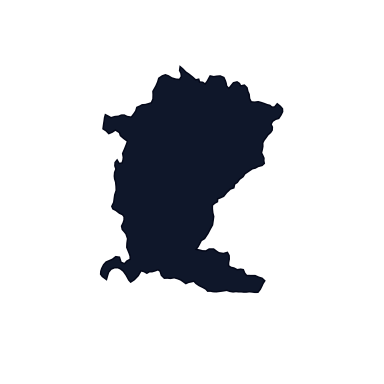 outline of Nazareno, Minas Gerais, Brazil, rotated 42°
{"feature_id": "56859067B84580944201233", "entity_name": "Nazareno", "entity_type": "district", "adm_level": 2, "iso_a3": "BRA", "parent_name": "Brazil", "parent_adm1": "Minas Gerais", "projection": "orthographic", "projection_center": [-44.605, -21.212], "detail": "fine", "context": "isolated", "style": "filled", "palette": "ink", "viewbox_px": 384, "rotation_deg": 42, "n_neighbors": 0, "source": "geoboundaries", "source_scale": "gbopen_adm2", "svg_char_len": 3405}
<svg xmlns="http://www.w3.org/2000/svg" viewBox="0 0 384 384"><g transform="rotate(42 192 192)"><path d="M93.8,122.7L92.2,125.6L91.2,129.7L92.9,133.2L94.3,137.4L95.6,143.3L98.0,145.7L100.8,149.0L102.1,152.9L100.6,155.5L98.9,158.2L96.6,160.6L95.7,163.2L94.4,166.0L96.0,169.4L96.5,172.9L96.8,177.0L93.3,179.3L90.1,180.2L88.0,182.2L86.8,184.8L84.2,187.6L82.1,191.0L79.3,191.6L75.9,192.5L77.3,195.3L79.1,197.9L81.4,201.4L83.6,204.6L87.4,204.0L91.1,204.3L92.7,200.8L93.6,197.2L98.3,196.4L101.1,198.0L105.4,197.9L110.1,197.4L111.4,200.5L113.1,205.1L114.7,209.8L117.8,212.2L119.4,214.5L120.6,217.2L118.8,219.6L114.9,218.3L115.1,221.5L117.2,224.2L120.1,225.8L121.4,229.2L123.6,232.1L125.7,234.0L128.6,235.7L131.9,238.7L134.6,241.5L136.5,245.8L138.4,248.6L140.8,252.1L142.0,256.3L144.5,257.5L147.8,256.6L152.3,256.3L155.5,255.3L158.1,255.8L160.3,258.3L161.5,261.0L162.5,264.5L165.3,266.5L168.1,266.8L171.0,267.3L175.4,269.8L177.9,273.5L180.6,276.8L183.9,278.4L186.6,279.7L189.0,281.1L191.1,283.3L189.8,286.9L189.8,290.5L186.3,291.7L181.7,289.0L178.6,291.1L177.9,295.2L176.5,298.3L175.0,301.5L175.0,305.2L176.1,309.3L177.3,311.9L179.1,314.2L181.8,314.8L187.0,314.3L185.1,310.5L183.7,307.4L183.5,303.5L185.1,300.1L187.7,297.8L190.2,297.0L194.0,296.8L198.5,297.8L201.4,298.8L203.9,299.7L206.7,300.0L207.8,295.8L208.0,290.2L207.4,287.4L206.9,284.6L209.8,283.2L212.8,282.6L213.7,279.7L215.7,277.9L217.2,275.5L218.8,272.5L221.3,272.2L225.0,274.4L229.1,274.6L231.3,272.4L233.8,270.6L236.1,267.6L239.4,266.0L242.4,264.9L245.5,264.5L248.7,264.2L249.9,261.4L251.5,259.3L253.1,257.0L256.1,257.3L259.9,256.8L264.1,255.6L267.2,254.9L270.0,255.2L272.0,253.3L274.4,251.9L276.8,249.9L278.7,247.7L281.1,244.9L283.6,241.8L286.6,240.5L289.4,238.7L291.3,236.5L293.4,235.0L295.5,233.1L297.6,231.6L299.6,229.7L301.3,227.7L303.5,226.1L305.7,224.6L308.1,222.4L307.8,218.6L306.8,215.0L306.0,212.5L305.5,209.3L301.8,209.2L298.6,210.7L294.9,211.9L291.5,214.9L288.5,217.5L285.4,217.0L282.1,215.4L279.8,216.8L277.6,219.5L274.1,220.4L271.2,222.0L268.5,222.3L266.5,220.1L264.6,217.0L262.1,214.4L258.7,213.2L256.5,216.7L252.6,219.2L249.9,219.6L246.2,219.9L242.9,222.9L241.8,226.5L239.2,228.7L236.6,230.0L233.4,231.9L233.1,228.7L232.4,225.8L231.4,221.9L232.5,218.2L231.6,212.2L230.3,207.2L229.3,202.8L226.7,198.9L224.5,195.7L221.4,193.6L218.4,190.9L216.0,188.2L216.4,185.1L217.4,182.2L215.6,179.8L216.9,177.5L218.4,174.0L218.1,169.2L218.5,164.2L220.3,160.9L218.4,157.6L219.2,154.6L218.8,150.8L219.7,146.4L219.1,143.2L220.1,139.1L221.3,134.3L223.0,131.9L224.1,128.7L226.3,125.4L226.6,122.4L224.4,120.7L222.8,118.7L220.4,117.6L217.4,116.4L215.8,113.4L214.1,110.7L211.7,108.2L210.9,105.4L210.7,102.8L210.2,98.7L210.6,95.2L210.2,92.4L208.3,90.0L205.4,88.8L204.6,85.6L205.5,82.0L207.2,79.3L206.6,75.2L205.6,71.7L203.5,69.6L200.3,69.2L196.3,69.4L196.5,73.7L194.5,75.5L191.9,75.5L189.5,76.8L186.6,77.9L183.6,79.2L180.8,80.6L178.4,83.4L175.7,85.4L172.3,84.1L169.1,81.2L166.2,79.9L163.1,77.7L159.4,77.5L157.2,80.6L154.6,79.6L151.8,80.0L149.7,83.1L149.9,86.9L150.1,90.4L146.8,90.1L144.5,88.3L142.3,87.0L139.1,85.6L135.3,86.9L133.0,89.3L131.0,91.8L127.8,93.6L128.4,96.2L129.2,99.4L129.5,103.0L126.6,103.3L124.0,105.2L121.5,103.7L119.7,106.2L115.7,106.2L110.7,106.5L107.1,107.0L102.8,106.7L99.3,106.8L101.5,110.0L104.3,111.1L106.8,113.2L107.4,116.7L104.6,118.9L100.6,120.8L96.7,121.5L93.8,122.7Z" fill="#0f172a" stroke="#020617" stroke-width="1.5"/></g></svg>